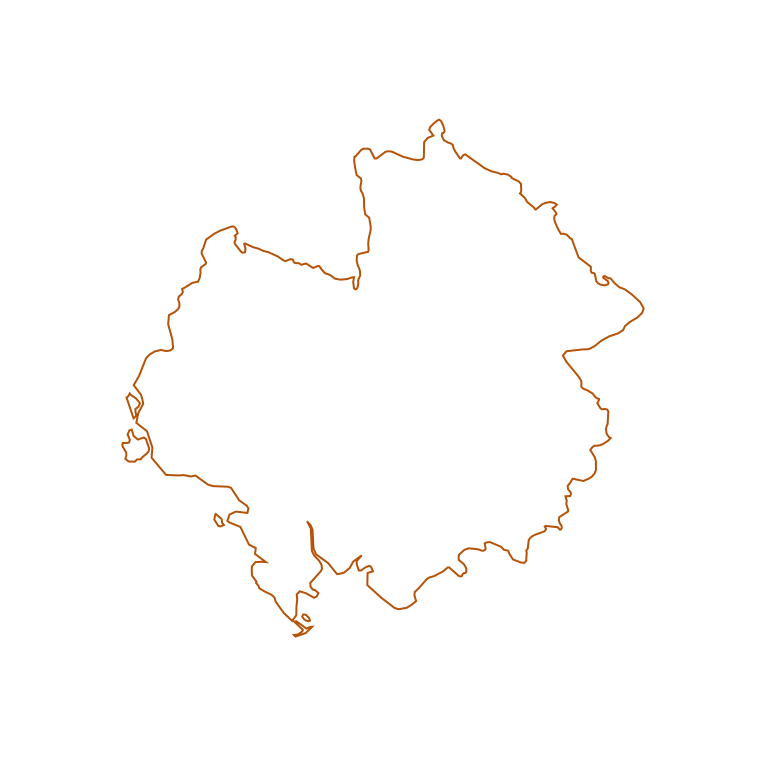 map outline of Germany (Natural Earth projection), rotated 221°
{"feature_id": "DEU", "entity_name": "Germany", "entity_type": "country or territory", "adm_level": 0, "iso_a3": "DEU", "parent_name": "Europe", "parent_adm1": "", "projection": "natural_earth1", "projection_center": [10.44, 51.169], "detail": "fine", "context": "isolated", "style": "outline", "palette": "amber", "viewbox_px": 768, "rotation_deg": 221, "n_neighbors": 0, "source": "natural_earth", "source_scale": "50m", "svg_char_len": 6171}
<svg xmlns="http://www.w3.org/2000/svg" viewBox="0 0 768 768"><g transform="rotate(221 384 384)"><path d="M337.5,616.7L320.2,607.2L304.8,608.2L302.2,605.1L300.3,604.2L298.3,605.4L297.0,605.3L291.4,601.0L289.1,600.4L285.9,601.0L282.1,603.3L280.4,606.1L280.9,607.7L282.8,608.5L288.0,608.0L288.7,608.4L288.9,609.4L288.3,610.3L284.1,611.0L282.9,612.1L281.7,612.3L276.5,611.4L269.9,611.4L264.5,613.4L256.0,614.2L244.3,613.8L237.6,611.4L235.8,607.0L236.4,600.5L239.2,592.0L240.1,585.7L238.9,581.7L240.6,575.7L245.3,567.7L248.4,559.3L250.0,550.4L252.3,544.6L256.6,540.6L267.8,528.4L267.6,522.8L260.8,520.4L241.1,517.1L236.8,515.5L233.1,511.3L230.7,511.2L226.1,512.7L220.3,513.7L216.2,512.8L213.6,513.0L212.1,513.8L211.3,513.1L210.4,509.5L204.8,507.7L202.7,508.0L201.2,509.9L198.9,511.1L196.9,510.7L188.9,500.4L188.5,498.7L187.0,495.6L183.2,492.5L179.4,491.5L177.4,491.9L177.7,488.0L179.3,482.4L180.8,479.5L182.8,477.1L184.8,475.4L185.3,472.4L185.1,469.6L176.9,467.0L173.5,464.8L167.7,458.3L166.3,454.4L166.4,450.5L167.1,447.6L169.9,441.6L179.5,436.3L178.6,430.9L178.5,427.6L176.2,425.4L171.6,424.5L170.4,423.0L170.0,421.6L173.4,418.3L169.4,415.7L167.7,413.0L162.1,409.6L161.5,408.4L164.4,398.5L162.4,395.6L159.8,394.2L156.8,393.4L155.5,392.1L155.0,390.5L155.6,389.5L159.1,389.8L168.8,383.0L169.2,381.9L166.5,380.9L166.2,378.1L170.9,369.7L172.3,366.2L172.7,363.6L172.4,361.2L167.5,354.1L167.4,351.7L165.6,350.3L160.6,343.7L160.7,341.1L163.6,339.1L171.6,336.2L178.1,338.1L181.0,339.7L184.4,337.6L189.0,337.9L200.3,334.2L202.0,332.5L203.3,330.6L203.4,329.8L199.1,326.2L199.0,324.9L199.6,323.4L200.9,322.3L203.4,321.5L206.2,319.9L212.3,315.5L214.5,311.6L215.4,304.4L213.8,301.9L212.1,300.3L205.4,300.4L201.3,299.0L199.0,296.8L198.5,294.8L199.6,293.6L199.9,292.1L199.3,290.5L199.6,289.3L201.4,288.2L214.6,288.3L215.6,287.1L216.5,281.2L220.0,272.2L223.1,267.2L223.7,265.0L223.8,253.2L224.3,247.1L222.2,244.3L217.3,241.2L218.5,234.8L220.2,229.8L225.2,223.6L229.1,221.9L246.0,220.9L264.7,221.3L272.4,230.6L269.4,235.4L274.0,237.6L276.2,236.8L277.9,232.7L279.0,228.1L280.6,226.7L286.4,230.1L288.4,232.5L288.4,240.1L290.7,229.8L289.2,222.6L290.3,215.6L292.7,212.0L294.8,209.7L308.5,212.2L323.6,210.9L329.3,213.6L342.2,227.0L346.5,229.2L352.0,229.9L344.5,227.0L328.9,210.7L324.2,208.7L317.0,208.1L312.5,206.5L309.7,204.0L308.9,201.8L309.1,185.4L306.5,182.9L303.0,182.1L300.8,183.2L296.3,183.2L295.4,179.5L296.6,176.8L305.5,174.9L311.5,172.4L311.8,167.9L308.1,164.4L303.6,158.0L298.5,152.0L297.9,145.0L309.3,145.4L323.1,148.7L326.4,151.0L330.7,151.1L338.3,149.0L344.1,148.0L346.3,149.4L350.1,149.9L350.4,151.1L357.6,152.7L360.5,155.4L363.9,159.4L364.2,165.2L359.9,169.4L356.3,172.1L369.8,171.1L373.2,176.1L380.4,174.2L398.6,181.9L409.6,178.2L412.4,177.9L414.9,184.1L412.2,190.4L402.5,197.1L404.7,201.2L407.8,202.1L416.9,201.2L431.4,205.3L434.5,204.0L446.1,194.7L450.8,192.6L466.3,191.2L469.0,187.6L475.3,183.9L479.3,180.0L488.8,172.4L511.1,175.9L517.0,184.0L531.9,192.9L545.4,192.2L550.3,200.6L552.7,211.1L556.9,214.3L560.6,216.5L572.1,218.9L574.3,229.8L580.4,247.1L580.3,252.4L578.3,258.3L574.7,263.3L569.8,266.1L567.2,269.3L566.7,272.7L573.0,278.8L586.1,287.5L591.5,294.9L589.1,301.1L588.5,305.7L589.5,308.6L591.6,310.9L594.8,312.6L596.2,315.3L595.6,319.0L596.2,321.5L598.7,323.3L597.4,326.6L595.0,334.6L591.5,339.2L592.7,343.2L595.6,347.8L597.9,350.1L598.6,352.3L597.3,357.6L598.0,358.9L607.2,362.8L608.7,364.6L609.6,368.3L613.0,376.3L610.6,386.3L608.4,391.9L602.6,402.5L601.0,404.1L598.9,404.3L595.6,403.1L593.3,401.7L593.8,397.9L592.3,397.6L590.5,395.3L589.8,392.8L587.8,391.8L578.4,390.0L576.6,390.5L575.3,392.3L577.5,395.5L581.4,397.9L581.0,398.9L572.7,401.3L567.5,403.8L562.6,405.2L557.6,407.7L547.8,410.6L540.6,411.4L539.0,412.1L536.4,417.0L534.6,418.0L531.5,416.7L529.8,417.3L528.1,418.9L526.3,419.6L524.7,419.6L521.9,423.8L513.6,425.1L511.2,429.9L510.0,430.5L506.2,429.5L501.1,428.9L498.1,430.3L494.6,431.1L490.2,431.3L485.4,434.1L480.7,439.0L478.1,443.4L476.7,444.9L474.3,440.9L469.5,436.6L467.7,436.6L467.2,437.2L467.2,439.3L469.2,442.9L471.6,445.3L473.2,450.3L476.7,453.9L482.2,456.7L485.9,459.5L488.7,463.3L488.7,464.5L488.0,466.1L482.7,473.4L483.6,475.1L488.2,479.8L491.1,484.0L495.0,491.3L497.5,494.3L504.3,499.8L509.5,499.7L514.9,504.3L520.9,510.9L525.4,513.9L528.5,514.8L531.1,517.2L534.3,522.5L536.3,524.0L541.7,523.7L548.7,529.1L553.1,533.0L555.4,536.2L554.8,537.4L554.8,545.6L554.1,547.8L551.0,550.7L548.6,551.9L539.0,548.1L537.6,549.3L535.2,560.3L533.5,562.4L530.8,564.4L518.7,568.0L509.3,572.6L505.1,575.4L502.4,578.9L502.4,580.9L512.4,592.9L512.5,598.3L509.7,603.9L516.6,605.4L517.7,608.2L517.4,613.2L516.6,617.8L515.8,619.7L513.4,619.9L508.9,617.9L505.3,615.6L503.9,614.1L503.8,612.4L504.6,611.4L503.3,609.3L498.9,607.3L494.2,608.2L490.8,609.5L488.6,609.4L486.1,607.5L482.4,606.1L474.6,604.1L473.9,604.7L474.3,608.8L473.4,610.6L449.5,612.9L442.2,615.1L436.9,617.9L433.0,619.2L432.0,620.9L428.1,623.2L423.7,623.9L422.7,623.2L415.1,625.3L411.9,624.9L407.5,620.2L406.3,618.3L406.4,617.0L399.7,616.8L395.5,615.3L386.5,615.6L384.3,615.0L383.8,615.7L382.5,623.7L380.7,627.0L377.8,630.5L374.1,632.4L371.2,632.7L371.3,630.2L372.1,627.2L366.7,626.2L365.2,625.3L365.6,623.0L364.9,621.6L363.6,620.0L360.4,618.0L353.6,614.9L349.0,613.4L347.3,615.0L344.0,616.6L338.8,616.1L337.5,616.7ZM544.4,177.7L545.7,182.0L544.4,184.1L538.9,180.5L533.3,180.6L530.1,186.1L527.6,186.3L519.0,181.3L517.6,178.9L517.3,176.8L518.4,169.8L518.2,167.6L520.8,165.1L521.2,161.7L525.9,158.0L530.1,157.8L531.5,160.9L533.5,163.1L540.6,165.5L541.7,166.6L542.4,168.1L539.1,171.1L538.0,172.6L539.1,175.1L544.4,177.7ZM569.5,204.9L568.9,206.9L569.7,210.0L567.7,209.7L561.6,210.4L555.6,209.4L554.4,205.7L555.2,202.0L552.8,199.5L550.5,198.1L550.2,196.0L550.5,193.8L569.5,204.9ZM280.2,152.3L279.0,153.6L279.7,144.7L285.1,135.3L287.4,135.5L285.0,138.0L284.3,139.8L283.4,143.4L283.8,145.2L295.9,145.8L294.5,147.4L282.1,148.5L280.2,152.3ZM425.6,175.5L418.1,175.6L415.2,173.1L412.3,172.5L413.8,169.4L415.9,168.2L423.1,170.3L425.4,174.2L425.6,175.5ZM293.8,157.0L291.9,158.5L287.2,158.3L284.6,156.9L285.5,155.4L288.0,154.2L290.0,154.0L293.1,154.7L293.8,157.0Z" fill="none" stroke="#b45309" stroke-width="2"/></g></svg>